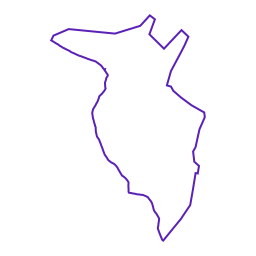 Ravine Chabot, Castries, Saint Lucia (Albers equal-area conic projection)
{"feature_id": "8701671B75024298551322", "entity_name": "Ravine Chabot", "entity_type": "district", "adm_level": 2, "iso_a3": "LCA", "parent_name": "Saint Lucia", "parent_adm1": "Castries", "projection": "albers", "projection_center": [-60.977, 14.0], "detail": "fine", "context": "isolated", "style": "outline", "palette": "violet", "viewbox_px": 256, "rotation_deg": 0, "n_neighbors": 0, "source": "geoboundaries", "source_scale": "gbopen_adm2", "svg_char_len": 3171}
<svg xmlns="http://www.w3.org/2000/svg" viewBox="0 0 256 256"><path d="M197.8,173.4L197.8,173.1L199.0,165.9L195.3,162.6L194.3,161.7L193.6,155.8L193.1,151.5L194.5,149.0L195.5,147.3L199.5,129.2L204.8,117.2L204.2,112.4L202.3,111.4L191.4,105.2L184.8,100.3L180.9,97.4L173.3,90.8L171.0,86.6L167.5,85.6L166.9,85.4L167.0,84.9L170.7,72.0L171.0,71.0L176.8,60.1L180.5,53.2L184.4,45.7L188.4,36.7L185.4,33.8L181.5,30.1L174.7,37.3L164.0,48.7L149.4,34.3L154.9,19.3L149.8,15.4L140.3,25.8L115.0,33.6L68.7,29.1L53.5,35.6L51.2,40.4L51.6,40.6L52.3,41.0L54.3,42.2L55.2,42.8L56.6,43.7L57.7,44.2L60.1,46.0L61.5,46.7L62.7,47.6L64.5,48.4L65.5,49.0L67.6,50.0L69.5,50.9L70.8,51.9L72.0,52.5L73.3,53.0L75.0,53.8L76.2,54.4L77.6,55.0L79.1,55.7L80.5,56.1L81.6,56.5L83.0,57.0L84.5,57.6L86.0,58.1L87.3,58.7L88.8,59.2L90.0,59.6L91.8,60.3L93.3,60.6L94.3,61.0L95.7,61.5L96.9,62.4L98.1,63.2L99.2,64.1L100.4,64.9L101.7,66.2L102.6,67.5L103.2,68.3L104.1,69.4L105.0,70.8L105.9,72.0L106.6,73.2L107.7,74.7L107.8,75.7L106.7,77.3L106.2,78.4L106.1,79.4L105.6,80.8L105.0,82.7L105.0,84.0L105.2,85.4L105.1,86.5L105.6,88.4L104.9,89.8L104.2,91.0L103.1,92.3L102.1,93.6L101.0,94.6L100.2,95.4L99.3,96.3L98.7,98.5L98.2,99.8L97.8,100.9L96.8,102.9L96.3,103.6L95.7,104.9L95.0,106.1L94.3,107.2L94.1,107.5L93.3,108.8L93.0,109.6L92.8,110.3L92.6,111.2L92.3,112.5L92.2,112.9L92.4,114.2L92.6,115.6L92.7,116.4L92.8,117.1L92.9,117.8L93.2,119.0L93.5,119.8L93.6,120.3L94.0,121.9L94.3,123.1L94.9,124.7L95.0,125.4L95.1,125.9L95.5,126.9L95.7,127.4L95.7,128.6L95.7,128.9L95.8,130.6L95.9,132.0L96.3,133.5L96.4,133.8L96.5,134.7L97.0,136.6L97.2,136.9L97.8,137.7L98.6,138.9L99.3,140.0L99.8,141.7L100.0,142.2L100.3,142.8L100.9,144.3L101.3,145.7L102.0,147.3L102.5,148.5L102.8,149.6L103.0,150.1L103.4,151.2L103.7,152.0L104.0,152.7L104.3,153.6L104.5,154.2L104.8,154.8L105.3,155.5L106.1,156.6L107.3,158.4L107.8,159.4L108.5,160.3L109.6,161.1L110.1,161.6L111.2,162.4L112.1,162.9L112.4,163.0L113.6,163.6L114.6,164.4L115.0,164.7L115.6,165.3L117.0,167.0L117.7,168.0L118.0,168.7L118.3,169.3L119.2,170.8L119.6,171.4L119.9,172.1L120.3,172.8L120.6,173.3L121.4,174.5L121.8,175.2L122.0,175.5L122.6,176.0L123.5,176.5L124.4,177.3L125.4,178.1L126.7,179.6L127.4,180.6L127.8,181.1L128.4,182.0L128.5,182.5L128.5,183.0L128.4,185.3L128.4,186.8L128.5,188.1L128.6,189.6L128.5,191.5L128.8,192.6L129.9,192.9L130.7,193.0L131.1,193.0L132.5,193.4L133.2,193.5L133.8,193.5L135.5,193.9L137.0,194.3L138.3,194.4L139.5,194.5L141.4,194.8L142.6,194.9L143.3,195.1L144.0,195.4L145.5,196.0L145.9,196.2L146.7,196.6L147.9,197.2L148.8,198.6L149.7,199.7L150.4,200.6L150.9,201.2L151.3,201.8L151.5,202.3L152.1,203.5L152.5,204.9L153.0,206.7L153.3,207.9L153.5,208.7L153.6,209.4L154.2,210.7L155.1,212.2L156.2,213.4L156.4,213.7L156.8,214.5L157.5,215.6L158.4,217.1L159.0,218.4L159.1,219.1L159.1,219.7L158.9,220.9L158.6,222.9L158.5,223.6L158.4,224.2L158.3,225.8L158.1,226.5L157.9,227.2L157.9,227.7L157.9,228.7L158.4,230.1L158.5,230.3L158.8,231.2L159.5,233.2L160.4,235.4L161.5,238.1L162.2,239.8L163.2,240.6L174.6,226.6L180.7,219.2L185.4,212.2L190.2,205.1L192.9,189.7L195.6,173.1L197.3,173.3L197.8,173.4ZM104.1,69.4L105.0,69.2L104.8,70.2L104.1,69.4Z" fill="none" stroke="#5b21b6" stroke-width="2"/></svg>